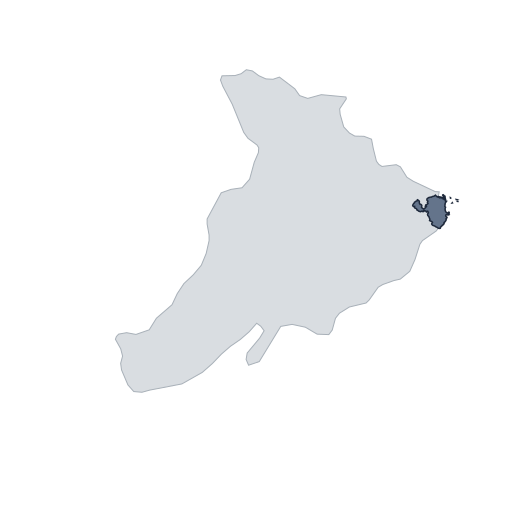 San Fernando de Monte Cristi, Monte Cristi, Dominican Republic shown in context, rotated 126°
{"feature_id": "3306468B8968248816263", "entity_name": "San Fernando de Monte Cristi", "entity_type": "district", "adm_level": 2, "iso_a3": "DOM", "parent_name": "Dominican Republic", "parent_adm1": "Monte Cristi", "projection": "natural_earth1", "projection_center": [-71.673, 19.756], "detail": "fine", "context": "in_parent", "style": "filled", "palette": "slate", "viewbox_px": 512, "rotation_deg": 126, "n_neighbors": 0, "source": "geoboundaries", "source_scale": "gbopen_adm2", "svg_char_len": 6554}
<svg xmlns="http://www.w3.org/2000/svg" viewBox="0 0 512 512"><g transform="rotate(126 256 256)"><path d="M97.5,342.2L97.9,322.9L100.6,315.0L98.1,306.8L87.1,298.0L80.4,286.7L74.5,276.7L75.8,275.3L87.8,274.8L91.9,271.2L100.0,260.9L101.6,252.7L100.9,246.5L95.7,239.0L93.6,231.2L100.1,224.3L108.5,214.3L109.7,210.5L109.5,206.7L99.7,196.2L99.0,191.6L103.6,180.2L103.1,172.7L98.6,149.0L96.4,145.5L100.8,143.5L103.7,136.5L107.5,130.2L112.6,126.9L118.3,124.8L129.8,124.9L145.7,130.4L150.2,130.3L165.4,125.3L178.0,122.6L189.9,125.7L194.8,130.0L204.6,136.7L209.5,138.8L225.0,138.6L229.3,139.3L242.4,150.5L253.3,154.9L259.7,155.1L271.1,150.8L276.8,150.9L283.3,160.6L284.6,174.2L290.1,186.6L298.4,194.6L339.5,191.3L348.7,197.8L345.5,203.2L339.7,206.1L320.2,204.8L311.7,205.5L310.0,210.9L310.0,215.9L321.4,217.0L332.6,219.6L344.0,223.6L355.6,226.3L368.7,228.1L381.6,231.0L403.1,240.8L426.9,263.1L433.3,268.2L437.5,275.2L435.6,283.8L427.2,297.8L422.4,302.4L415.4,305.1L410.6,310.9L406.0,320.8L403.2,321.6L399.9,321.2L394.1,315.6L390.0,307.0L378.5,299.0L364.9,300.0L344.8,295.3L332.7,297.6L320.6,298.1L308.1,295.7L295.6,294.8L283.2,297.8L271.1,303.0L266.6,306.3L258.9,314.3L254.8,317.3L225.3,321.3L216.8,315.4L209.0,307.4L197.6,306.3L181.2,312.5L171.0,314.8L166.8,317.4L165.6,320.5L165.5,331.7L163.2,338.6L147.2,364.4L138.2,382.6L134.5,388.2L130.2,389.4L122.3,379.0L117.3,375.2L111.0,373.3L108.4,367.7L108.5,359.8L106.9,352.1L103.0,346.1L97.5,342.2Z" fill="#d9dde1" stroke="#a8b0b8" stroke-width="1"/><path d="M123.4,158.3L123.4,157.9L123.4,157.6L123.2,157.4L122.8,157.1L122.6,156.8L122.8,156.7L123.4,156.5L123.7,156.0L123.8,155.3L123.5,154.6L123.5,154.0L123.6,153.6L124.1,153.0L124.2,152.8L124.2,152.5L123.9,152.3L123.9,152.2L124.0,151.9L124.1,150.8L124.0,150.4L123.8,149.9L123.7,149.4L123.4,148.8L122.8,148.6L122.2,148.2L122.1,147.9L122.2,147.5L122.1,147.3L121.9,147.0L121.6,146.6L121.4,146.5L121.1,146.9L121.0,147.0L120.8,146.9L120.6,146.8L120.4,146.4L120.1,145.8L120.0,145.6L120.0,144.6L120.2,144.1L120.2,143.9L119.9,143.7L119.4,143.9L119.2,143.9L118.9,143.6L118.8,143.3L118.9,143.1L119.2,142.8L119.4,142.3L119.5,142.1L120.3,141.8L120.9,141.9L121.5,141.7L122.1,141.0L122.3,140.7L122.4,139.8L122.6,139.2L123.3,138.2L123.6,137.6L124.5,136.6L125.3,136.4L125.2,135.4L124.9,134.5L124.9,133.5L125.0,133.0L125.2,132.9L126.4,132.9L126.7,132.8L127.0,132.5L127.2,131.9L127.3,131.4L127.3,130.9L126.7,129.1L126.7,127.5L126.4,126.6L126.4,125.2L126.3,124.6L125.9,124.0L125.7,123.5L125.2,123.2L124.6,123.4L124.3,123.7L124.0,123.7L123.5,123.6L123.4,123.5L123.2,123.5L123.0,123.4L122.9,123.4L122.8,123.5L122.6,123.4L122.0,123.3L121.9,123.2L121.6,123.3L121.4,123.1L121.2,123.1L120.7,123.1L120.6,122.9L120.2,122.8L119.5,122.9L119.3,123.1L119.1,123.0L118.9,123.2L118.6,123.3L118.8,123.3L118.4,123.6L118.2,123.7L118.5,123.5L118.5,123.4L118.3,123.3L118.2,123.4L118.0,123.5L117.9,123.5L117.7,123.4L117.3,123.2L116.2,123.2L115.7,123.2L115.5,123.4L115.0,123.4L114.7,123.6L114.6,123.8L114.3,123.8L114.2,123.9L114.3,124.0L114.1,124.2L113.8,124.1L113.8,123.9L113.3,124.0L113.2,124.1L112.8,124.2L112.6,124.1L112.3,124.6L112.4,124.9L112.3,125.3L112.4,125.6L112.1,126.0L111.9,126.1L111.8,126.3L111.6,126.3L111.4,126.3L111.2,126.5L110.9,126.3L110.7,126.3L110.4,126.1L110.4,125.9L110.3,125.7L110.2,125.4L110.2,125.2L109.6,124.4L109.4,124.5L109.3,124.3L109.1,124.4L108.8,124.3L108.8,124.6L108.7,124.8L108.3,124.9L108.2,124.7L108.1,124.8L108.1,125.0L108.2,125.3L108.4,125.5L108.5,125.9L108.7,126.1L108.7,126.4L108.8,126.7L108.7,127.1L108.9,127.4L108.8,127.7L108.8,127.8L108.7,128.5L108.4,128.9L108.3,129.2L108.0,129.6L107.7,129.7L107.6,130.0L107.4,130.1L107.3,130.3L106.8,130.7L106.2,131.0L105.1,131.3L105.0,131.9L105.0,132.1L105.0,132.3L104.9,132.4L104.7,132.5L104.4,132.6L103.9,132.9L103.5,133.3L103.0,133.4L103.0,133.5L102.5,133.8L102.3,133.8L102.1,133.9L101.4,134.1L100.8,134.1L100.7,134.2L100.2,134.2L100.3,134.3L100.3,134.9L100.2,135.0L99.9,135.4L99.6,135.5L99.8,135.3L100.0,135.1L100.1,134.8L100.1,134.7L100.0,134.8L99.9,134.7L100.0,134.4L99.9,134.3L99.8,134.6L99.8,134.9L99.6,135.2L99.0,135.7L98.7,136.0L98.5,136.3L98.4,136.4L98.1,136.8L97.4,137.5L97.2,137.6L97.1,137.8L96.9,137.9L96.8,138.1L96.6,138.2L96.5,138.5L96.7,138.8L96.7,139.2L96.5,139.7L96.4,140.4L96.4,140.6L96.5,140.7L96.8,140.8L97.0,140.8L97.1,140.6L97.2,140.3L96.8,140.1L96.9,139.6L97.0,139.5L97.4,139.5L97.7,139.2L97.9,139.1L98.0,138.6L97.8,138.6L97.8,138.4L97.6,138.3L97.7,138.2L97.8,138.2L98.1,138.4L98.5,138.4L98.4,138.0L98.6,137.8L98.6,137.6L98.8,137.5L99.2,137.6L99.3,137.6L99.1,137.4L98.9,137.2L99.0,136.7L99.5,136.6L99.6,136.8L99.3,137.0L99.5,137.3L99.5,137.6L99.4,137.6L99.3,137.9L99.5,138.2L99.4,138.6L99.5,138.7L99.6,139.3L99.3,139.6L99.2,139.6L99.2,139.9L99.4,140.1L99.4,140.4L99.6,140.7L99.5,140.0L99.7,139.8L99.9,139.9L99.9,140.2L100.1,140.4L100.1,140.6L100.0,140.9L100.1,141.0L100.3,140.9L100.5,141.1L100.3,141.2L99.9,141.0L99.8,140.9L99.7,140.8L99.7,141.0L99.9,141.3L99.9,141.5L100.0,141.6L100.0,141.8L100.2,142.2L100.5,142.5L100.5,142.8L100.6,143.1L100.8,142.9L101.1,142.7L101.1,142.9L101.2,143.0L101.3,143.3L101.2,143.4L101.1,143.2L101.0,143.3L101.2,143.5L101.2,143.8L101.3,143.9L101.4,144.1L101.6,144.1L101.6,144.9L101.7,145.0L101.5,145.6L101.5,145.9L101.4,146.1L101.3,146.6L101.7,146.7L102.1,146.9L103.0,147.1L104.1,148.2L104.7,148.5L105.3,148.7L105.6,149.1L106.0,149.7L106.6,150.0L107.0,150.5L107.6,150.8L108.4,151.0L108.8,151.2L109.1,151.2L109.4,151.2L109.9,150.9L110.3,150.6L110.5,150.2L110.5,149.3L110.6,149.1L110.9,149.0L111.6,148.9L112.1,148.7L112.3,147.8L112.5,147.7L112.8,147.7L113.3,147.9L114.0,148.0L114.7,148.6L115.0,148.7L115.3,148.6L115.5,148.5L115.5,147.5L115.6,147.3L115.8,147.1L116.0,147.1L116.2,147.9L116.3,148.1L116.6,148.1L117.2,147.5L117.5,147.4L118.3,147.4L119.3,147.7L119.5,147.9L119.5,148.0L119.4,148.5L119.6,149.2L119.4,149.8L119.5,150.3L119.5,150.5L119.1,150.9L118.5,151.1L118.0,151.3L117.6,151.7L117.3,152.3L117.3,152.9L117.4,153.2L117.8,153.4L117.8,153.6L117.4,154.3L117.2,154.9L116.5,155.5L115.9,155.8L115.6,156.3L115.5,157.8L115.5,158.4L115.7,158.5L115.9,158.5L116.3,158.1L116.5,158.0L117.6,158.8L118.4,159.0L119.4,159.4L120.2,159.1L121.0,159.3L122.2,159.2L123.1,158.9L123.4,158.3ZM107.7,125.4L107.4,125.2L107.2,125.3L107.3,125.6L107.2,125.8L107.3,125.9L107.5,125.9L107.5,125.6L107.7,125.4ZM93.2,124.7L93.0,124.8L93.1,125.1L93.4,125.1L93.2,124.7ZM92.7,127.0L92.4,126.8L92.6,127.2L92.7,127.0ZM94.8,132.5L94.6,132.6L94.6,132.8L94.7,132.7L94.8,132.8L94.9,132.7L94.8,132.5ZM97.6,128.3L97.5,128.5L97.8,128.5L97.6,128.3Z" fill="#64748b" stroke="#1e293b" stroke-width="1.5"/></g></svg>